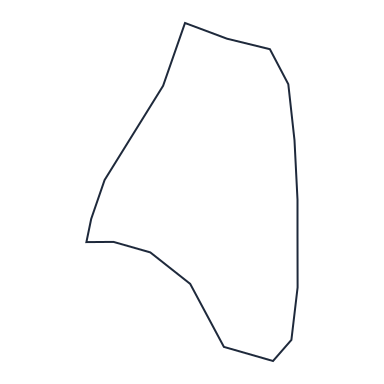 the Quarter of Anse-la-Raye
{"feature_id": "LCA-5076", "entity_name": "Anse-la-Raye", "entity_type": "Quarter", "adm_level": 1, "iso_a3": "LCA", "parent_name": "Saint Lucia", "parent_adm1": "", "projection": "robinson", "projection_center": [-61.018, 13.927], "detail": "fine", "context": "isolated", "style": "outline", "palette": "slate", "viewbox_px": 384, "rotation_deg": 0, "n_neighbors": 0, "source": "natural_earth", "source_scale": "10m", "svg_char_len": 347}
<svg xmlns="http://www.w3.org/2000/svg" viewBox="0 0 384 384"><path d="M86.4,242.1L91.2,218.9L104.6,180.0L163.1,85.8L185.0,23.0L227.0,38.7L269.9,49.2L288.3,84.2L294.5,140.3L297.5,199.8L297.5,234.8L297.6,287.4L291.4,339.9L273.0,361.0L223.9,346.9L190.2,283.9L150.3,252.4L113.5,241.9L86.4,242.1Z" fill="none" stroke="#1e293b" stroke-width="2"/></svg>